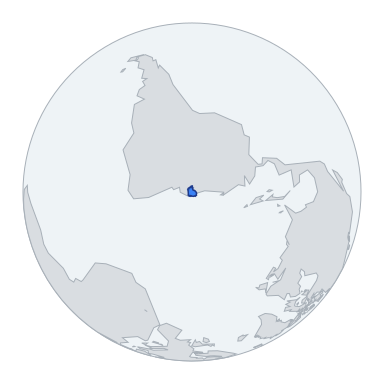 Guyane française highlighted on a globe, orthographic projection, rotated 146°
{"feature_id": "FRA-2000", "entity_name": "Guyane française", "entity_type": "Overseas department", "adm_level": 1, "iso_a3": "FRA", "parent_name": "France", "parent_adm1": "", "projection": "orthographic", "projection_center": [-53.325, 3.928], "detail": "fine", "context": "on_globe", "style": "filled", "palette": "blue", "viewbox_px": 384, "rotation_deg": 146, "n_neighbors": 0, "source": "natural_earth", "source_scale": "10m", "svg_char_len": 9579}
<svg xmlns="http://www.w3.org/2000/svg" viewBox="0 0 384 384"><g transform="rotate(146 192 192)"><circle cx="192" cy="192" r="169" fill="#eef3f6" stroke="#a8b0b8"/><path d="M138.8,31.6L131.6,35.2L137.5,34.1L138.4,38.9L141.7,37.4L144.2,39.0L148.9,38.1L147.7,39.8L152.5,37.7L152.7,36.4L154.8,35.2L157.6,34.7L156.6,36.5L155.0,37.0L156.2,37.3L154.5,38.6L156.9,37.7L155.4,40.3L161.0,37.1L163.2,38.7L161.1,40.7L155.9,41.2L138.2,49.0L134.4,52.1L134.3,55.4L145.3,59.5L143.3,63.0L144.6,67.1L148.1,64.5L148.4,60.5L155.3,57.2L154.7,53.2L157.5,51.5L159.1,47.6L164.6,47.6L169.1,49.9L168.0,53.3L170.0,54.6L175.7,51.1L178.2,58.0L187.7,63.8L187.7,66.0L179.4,69.8L167.6,69.7L156.7,76.6L169.6,71.7L169.4,78.1L171.8,79.2L175.2,79.0L177.6,76.5L178.7,78.9L166.5,84.1L165.2,82.0L169.1,80.2L163.5,80.4L155.3,84.9L155.8,88.3L142.7,93.1L143.0,95.7L140.3,98.6L140.8,93.8L139.6,102.7L124.3,112.8L122.5,129.5L117.9,116.5L112.5,115.1L105.6,115.4L105.1,118.0L96.7,116.1L87.7,121.9L82.5,135.3L83.8,145.7L93.4,146.1L97.2,140.2L104.7,139.1L97.4,154.9L110.3,157.3L107.9,169.3L111.4,175.7L118.3,174.1L125.4,177.2L131.0,170.2L139.8,166.4L139.4,176.3L144.8,167.3L149.4,172.1L167.3,171.9L165.8,174.1L180.8,185.9L197.9,191.2L201.9,198.4L199.7,202.9L205.9,204.2L206.0,207.2L231.0,211.7L244.2,219.0L244.1,229.2L233.6,241.0L225.6,265.5L207.2,273.4L203.5,283.0L190.8,296.8L179.5,295.6L183.8,302.5L178.4,306.4L171.4,306.6L171.1,311.3L166.0,311.3L170.1,314.4L163.4,320.2L167.3,325.1L162.9,329.5L165.6,332.3L163.3,332.2L161.3,333.1L161.7,334.6L153.9,331.9L149.7,325.7L151.0,322.5L148.0,321.9L150.6,313.7L147.9,315.3L145.4,302.5L147.7,291.7L145.9,259.4L141.8,252.8L129.0,245.0L113.3,220.2L116.8,210.2L113.7,205.4L124.0,191.2L121.7,178.0L118.2,176.1L114.4,181.0L103.0,172.6L99.7,162.5L68.8,146.1L66.6,141.2L68.1,133.2L65.9,107.9L63.1,131.6L60.7,126.9L60.3,118.4L62.4,116.4L64.7,104.3L63.7,99.9L70.1,85.8L85.3,68.8L84.4,71.3L88.2,67.4L89.4,64.3L89.4,63.3L103.9,49.8L110.0,44.4L107.6,45.6L122.9,37.8L138.8,31.6ZM120.7,135.3L135.6,143.7L126.3,144.7L128.2,143.1L124.6,139.7L117.7,136.5L109.7,138.3L120.7,135.3ZM129.4,126.0L126.7,125.3L129.4,125.3L129.4,126.0ZM88.8,63.3L89.1,64.5L86.7,68.3L86.0,67.4L88.8,63.3ZM93.9,57.1L95.0,56.8L90.7,60.3L91.4,59.4L93.9,57.1ZM156.0,48.0L157.5,47.8L156.4,48.6L156.0,48.0ZM155.2,46.6L152.9,47.6L152.1,47.2L153.6,46.5L155.2,46.6ZM158.3,45.4L151.2,46.2L150.0,45.4L154.6,42.3L158.3,45.4ZM151.5,36.2L151.4,37.6L148.9,37.0L151.5,36.2ZM149.3,36.2L138.5,37.2L140.0,35.4L143.3,35.2L143.1,33.6L149.2,32.1L150.7,32.7L148.5,34.1L152.5,32.6L149.3,36.2ZM155.5,34.6L153.1,34.9L154.3,33.2L159.1,32.5L157.2,33.2L155.5,34.6ZM140.1,34.0L141.8,32.9L147.2,31.3L148.6,30.7L149.5,31.9L140.1,34.0ZM158.4,33.3L161.6,32.2L163.6,32.6L157.8,34.4L158.4,33.3ZM152.5,33.1L153.3,32.4L154.4,32.5L152.5,33.1ZM172.6,34.1L169.7,34.0L170.1,33.1L172.6,34.1ZM162.6,31.8L161.9,31.7L161.8,31.4L164.2,30.8L162.6,31.8ZM153.2,30.9L155.1,30.6L153.1,30.3L157.1,29.4L157.0,30.5L158.7,29.6L159.9,29.4L158.4,30.6L153.2,30.9ZM166.2,29.5L167.4,31.1L172.6,31.2L172.4,31.9L164.1,31.7L166.2,29.5ZM161.8,30.0L164.5,29.8L162.9,30.7L160.1,31.3L161.8,30.0ZM159.8,28.5L153.8,29.6L154.0,29.3L159.8,28.5ZM168.0,29.3L167.7,29.0L168.6,29.2L168.0,29.3ZM162.7,28.5L160.5,28.8L160.8,28.5L162.7,28.5ZM168.8,28.2L169.2,28.6L167.3,29.0L168.8,28.2ZM166.3,28.2L167.2,27.7L166.4,28.9L165.2,28.3L166.3,28.2ZM163.3,28.1L162.8,28.1L164.2,28.0L163.3,28.1ZM175.8,26.8L175.2,28.2L171.0,28.9L172.2,27.4L175.8,26.8ZM167.6,337.4L154.9,332.8L161.7,335.0L164.9,332.7L172.2,336.1L167.6,337.4ZM177.7,331.6L182.3,330.4L183.9,331.2L181.0,332.2L177.7,331.6ZM314.8,75.9L311.0,72.3L306.6,67.9L308.7,70.4L311.2,72.6L312.7,74.5L310.5,72.7L309.0,71.1L307.5,70.4L314.9,79.3L318.2,82.5L317.1,85.2L322.5,91.0L323.8,94.2L315.1,85.7L312.5,82.4L300.1,74.5L302.8,78.1L314.7,86.0L313.0,85.6L316.7,91.5L312.5,86.8L298.9,78.0L294.8,81.6L297.6,97.1L293.6,99.3L286.6,97.5L277.7,83.1L287.7,80.0L284.6,75.6L275.8,70.4L279.6,70.2L277.3,68.0L280.4,66.9L278.1,60.9L280.2,59.7L272.9,53.4L273.0,52.2L277.3,56.1L281.4,58.6L286.0,56.9L285.0,55.4L279.9,51.6L281.8,52.0L276.2,48.6L275.7,46.7L271.7,46.5L265.6,42.9L261.7,40.0L259.0,39.0L265.2,43.9L268.4,45.9L272.2,47.7L280.1,54.4L279.9,56.0L268.9,49.4L267.5,51.2L259.6,46.1L247.6,35.0L245.9,33.0L256.6,36.0L260.7,37.9L258.9,37.5L266.5,40.7L263.0,39.0L264.6,39.6L259.1,37.0L260.0,37.3L253.3,34.6L253.7,34.7L255.3,35.4L266.4,40.3L277.0,46.0L287.2,52.4L297.0,59.6L306.2,67.4L314.8,75.9ZM347.3,125.5L341.0,113.1L339.2,109.7L339.0,109.3L338.6,108.7L341.5,114.3L338.1,108.8L348.7,128.8L352.1,138.0L352.5,139.3L356.0,151.2L358.5,163.3L360.2,175.5L360.9,187.8L360.8,200.1L359.7,212.4L357.8,224.6L355.0,236.6L351.3,248.4L350.9,249.4L348.8,255.0L345.7,262.1L343.8,265.9L340.4,272.7L335.6,280.3L329.6,287.9L324.8,289.6L328.4,283.6L332.0,272.5L338.7,245.1L344.1,231.6L345.3,221.6L341.3,200.7L342.5,188.2L340.4,183.4L336.8,185.4L333.9,179.7L331.3,180.1L311.9,187.3L303.4,180.5L287.4,158.2L289.0,148.4L284.9,137.8L292.9,99.9L299.6,100.8L311.5,93.9L313.9,94.8L317.9,102.5L331.1,110.1L329.0,103.1L335.7,106.9L336.7,105.8L327.5,91.5L325.9,92.8L320.3,86.5L317.3,79.6L318.0,79.4L326.7,90.0L334.5,101.3L341.4,113.2L347.3,125.5ZM296.0,117.9L297.2,121.0L296.0,117.9ZM167.9,171.8L170.0,173.7L167.1,173.7L167.9,171.8ZM124.5,148.6L127.9,148.9L129.5,150.4L126.8,150.8L124.5,148.6ZM153.9,149.1L157.9,150.0L153.5,150.8L153.9,149.1ZM138.0,144.8L150.6,148.8L142.0,151.5L134.2,149.2L139.9,148.4L138.0,144.8ZM126.9,131.4L128.9,132.1L128.0,133.9L126.9,131.4ZM131.3,126.0L130.5,126.2L129.7,124.8L131.3,126.0ZM170.1,77.8L171.1,77.5L174.4,77.7L172.5,78.7L170.1,77.8ZM191.1,73.4L192.5,77.4L190.2,75.0L187.8,76.9L180.0,74.6L187.3,67.0L185.4,70.7L191.1,73.4ZM171.5,70.3L175.7,72.1L170.9,70.4L171.5,70.3ZM261.2,58.3L264.4,59.2L266.5,61.8L263.7,64.7L260.7,60.8L261.2,58.3ZM268.5,60.0L258.4,53.5L259.7,51.9L260.7,53.8L262.6,53.4L264.6,56.4L275.8,61.9L278.3,64.6L271.9,67.6L272.6,64.9L269.4,63.9L268.5,60.0ZM230.2,44.2L225.8,42.7L234.3,41.1L237.4,42.8L234.9,45.4L229.7,44.9L230.2,44.2ZM167.8,40.5L165.6,40.8L165.9,40.2L168.0,39.4L167.8,40.5ZM171.2,34.1L177.8,38.4L175.6,39.0L182.2,41.5L178.9,44.0L174.8,42.2L177.1,46.4L172.1,45.8L174.3,48.6L165.5,44.2L161.1,44.3L167.3,43.2L170.4,40.7L170.4,39.7L167.2,37.0L159.2,36.4L161.1,34.3L164.5,33.0L166.7,32.8L164.8,34.1L169.1,33.0L168.0,34.8L171.2,34.1ZM203.5,26.0L200.4,26.5L208.8,26.7L207.8,27.6L208.9,27.5L210.2,28.6L213.7,29.9L212.5,30.3L214.4,30.7L215.4,31.6L217.5,32.3L216.1,33.4L218.6,34.6L216.5,34.5L221.3,36.2L217.1,35.5L217.9,36.9L221.6,36.8L208.4,43.3L206.1,47.5L206.5,51.6L199.3,50.4L194.2,46.1L191.3,41.1L194.5,37.6L190.6,38.0L191.0,36.6L193.9,36.9L189.7,35.6L190.8,34.6L188.1,31.7L181.3,31.1L180.2,30.2L183.4,30.0L180.0,29.3L185.3,28.4L184.6,27.9L189.2,26.7L195.7,26.9L194.5,26.3L197.9,25.7L203.5,26.0ZM177.2,26.4L185.4,25.9L188.8,26.3L179.5,28.3L179.4,28.9L173.5,30.8L168.7,30.3L170.8,29.8L171.7,29.2L172.9,29.5L172.6,28.8L175.6,28.2L176.2,27.5L178.6,27.5L177.2,26.4ZM313.3,91.6L314.6,91.7L315.8,91.0L318.1,94.9L313.3,91.6ZM304.1,85.7L304.8,85.0L308.7,89.6L307.4,89.8L304.1,85.7ZM301.8,80.9L304.5,84.6L302.3,82.7L301.8,80.9ZM277.6,55.4L277.9,54.7L279.2,55.6L280.6,57.0L277.6,55.4ZM228.3,28.8L226.0,28.5L225.3,28.2L219.2,27.1L219.5,26.6L223.2,27.1L228.3,28.8ZM329.2,94.0L330.8,97.0L329.8,95.8L329.5,95.0L329.2,94.0ZM325.7,95.7L328.1,97.0L326.3,96.8L325.7,95.7ZM227.6,28.1L225.1,27.6L226.8,27.7L227.6,28.1ZM219.4,26.3L220.8,26.3L218.8,26.5L219.4,26.3ZM218.4,25.2L220.8,25.6L219.3,25.4L218.4,25.2Z" fill="#d9dde1" stroke="#a8b0b8" stroke-width="1"/><path d="M189.4,194.4L189.5,194.2L189.7,193.9L189.8,193.8L189.8,193.7L190.0,193.5L190.0,193.4L190.0,193.2L190.0,192.9L189.9,192.8L189.8,192.7L189.7,192.5L189.6,192.4L189.4,192.3L189.4,192.2L189.2,192.0L189.2,191.9L189.0,191.7L189.0,191.4L188.9,191.3L188.8,191.2L188.8,190.9L188.7,190.7L188.7,190.4L188.8,190.2L188.7,189.9L188.7,189.7L188.6,189.2L188.7,188.9L188.8,188.7L188.9,188.4L189.0,188.4L189.1,188.2L189.5,187.9L189.7,187.7L189.8,187.6L189.9,187.3L190.0,187.2L190.0,186.9L190.2,186.7L190.3,186.7L190.5,186.7L190.8,186.8L191.2,187.0L191.3,187.1L191.5,187.2L191.8,187.2L192.0,187.2L192.1,187.3L192.3,187.4L192.2,187.3L192.2,187.2L192.3,187.3L192.5,187.3L192.8,187.5L193.0,187.5L193.3,187.6L193.5,187.8L193.7,188.0L193.9,188.2L194.3,188.6L194.5,188.7L194.7,188.9L194.8,189.0L195.0,189.0L195.1,189.3L194.9,189.5L195.0,189.6L195.0,189.4L195.2,189.2L195.3,189.2L195.3,189.3L195.6,189.5L195.8,189.7L195.9,189.9L195.9,190.0L196.0,190.1L196.0,190.3L196.0,190.6L195.9,190.6L195.8,190.8L195.9,190.7L196.0,190.7L196.1,190.0L196.1,189.9L196.3,189.8L196.5,190.0L196.6,190.3L196.7,190.5L196.8,190.6L196.7,190.7L196.7,190.8L196.8,190.9L196.9,191.1L196.9,191.3L196.9,191.6L196.6,191.8L196.5,192.0L196.4,192.1L196.2,192.4L196.1,192.5L195.9,192.7L195.9,192.8L195.7,193.1L195.6,193.3L195.2,194.0L194.9,194.3L194.9,194.5L194.7,194.9L194.7,195.0L194.3,195.6L194.3,195.8L194.2,195.8L194.3,195.9L194.3,196.0L194.2,196.0L194.1,196.3L193.9,196.5L193.5,196.8L193.4,196.9L193.3,197.0L193.2,197.1L192.9,197.1L192.7,197.1L192.2,197.1L192.3,197.0L192.3,196.9L192.1,196.8L192.0,196.7L191.9,196.7L191.8,196.8L191.7,196.8L191.4,197.0L191.3,196.9L191.2,196.9L190.9,196.8L190.8,196.7L190.7,196.6L190.5,196.8L190.4,196.8L190.2,196.9L190.2,197.0L189.9,197.2L189.7,197.3L189.5,197.2L189.4,197.2L189.2,197.2L188.9,197.1L188.7,197.1L188.4,196.9L188.5,196.8L188.4,196.8L188.3,196.7L188.2,196.7L188.3,196.7L188.5,196.7L188.6,196.4L188.8,196.4L189.0,196.2L189.1,195.9L189.2,195.7L189.4,195.4L189.5,195.2L189.4,195.1L189.5,195.1L189.5,194.9L189.5,194.7L189.5,194.4L189.4,194.4Z" fill="#3b82f6" stroke="#1e3a8a" stroke-width="1.5"/></g></svg>